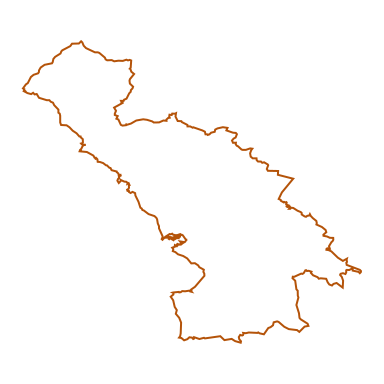 Balta, Mehedinti, Romania
{"feature_id": "2599482B81880640406541", "entity_name": "Balta", "entity_type": "district", "adm_level": 2, "iso_a3": "ROU", "parent_name": "Romania", "parent_adm1": "Mehedinti", "projection": "natural_earth1", "projection_center": [22.605, 44.92], "detail": "fine", "context": "isolated", "style": "outline", "palette": "amber", "viewbox_px": 384, "rotation_deg": 0, "n_neighbors": 0, "source": "geoboundaries", "source_scale": "gbopen_adm2", "svg_char_len": 5986}
<svg xmlns="http://www.w3.org/2000/svg" viewBox="0 0 384 384"><path d="M297.1,330.1L299.3,331.9L304.6,326.6L308.4,325.9L307.6,323.7L300.7,319.3L299.5,317.9L299.0,313.3L296.4,305.0L298.4,297.5L297.8,295.6L297.7,290.7L296.4,289.3L295.2,280.7L292.5,278.2L292.8,276.7L294.2,276.8L301.2,273.6L302.5,273.9L303.7,273.1L305.4,270.3L306.2,270.2L306.9,271.0L308.7,270.8L311.5,271.7L310.9,272.9L313.1,275.3L317.6,277.2L318.8,278.7L320.7,278.3L326.2,278.8L327.7,282.3L329.3,284.5L332.0,285.5L333.5,283.9L336.6,283.0L342.7,287.6L343.1,280.7L341.8,276.9L340.1,274.9L340.6,273.8L343.0,273.2L345.4,274.0L346.2,272.5L346.2,270.3L346.8,269.9L349.2,270.0L352.2,268.5L352.7,268.7L352.7,270.6L358.6,271.9L359.8,273.2L360.8,272.2L361.0,271.1L359.9,269.9L346.7,264.9L346.3,262.8L347.0,261.9L346.6,259.8L346.9,258.7L342.9,260.9L337.9,257.7L331.4,251.4L328.6,250.1L326.4,249.8L326.5,248.9L327.3,248.3L329.8,248.6L329.0,246.2L331.4,242.2L332.6,241.1L333.3,239.8L333.2,237.9L329.8,237.8L327.1,236.5L323.5,235.8L323.4,234.7L326.3,232.2L325.6,230.0L321.9,227.0L316.4,224.5L316.8,223.1L316.3,220.9L312.9,218.2L310.8,216.0L309.9,214.2L309.3,215.5L307.3,215.8L306.0,216.8L304.6,216.4L301.7,214.5L301.7,213.0L300.8,212.1L297.5,210.7L293.3,208.0L291.2,207.7L290.2,208.8L289.1,208.8L290.1,207.5L290.1,207.0L289.8,206.5L287.4,207.0L286.8,206.6L288.3,205.3L286.2,204.5L286.7,202.5L286.3,202.1L285.5,202.5L284.1,201.9L283.7,202.4L280.9,200.8L280.7,199.9L278.7,199.0L281.9,192.4L293.2,178.7L277.9,174.8L278.1,171.0L267.9,170.8L266.8,169.0L268.2,165.2L267.8,164.5L264.1,162.3L262.2,162.8L260.9,161.5L258.0,161.5L256.7,160.2L256.5,158.3L252.7,158.3L250.7,156.6L250.1,153.3L251.2,150.2L252.3,148.7L250.2,148.4L245.8,149.9L242.7,149.9L241.5,149.5L237.9,146.2L236.7,145.7L235.7,144.2L235.9,142.7L233.0,142.8L232.0,140.5L233.6,138.6L235.6,137.5L236.9,134.2L235.8,132.9L233.0,132.7L226.4,130.4L227.5,127.9L222.9,127.2L217.5,128.4L215.2,129.6L214.7,131.8L211.1,132.7L209.4,134.4L207.8,134.9L207.6,134.4L205.5,134.3L204.9,131.7L202.3,130.4L193.3,127.3L192.7,127.7L190.2,126.4L187.5,126.4L187.4,124.9L181.9,122.1L181.4,121.2L177.7,121.0L175.5,116.6L176.0,113.2L175.0,113.7L172.2,113.6L171.7,115.0L169.5,114.7L169.2,116.4L169.7,117.7L168.1,118.0L166.4,119.6L166.5,120.8L163.4,120.5L159.1,122.4L153.8,122.5L152.2,121.4L147.0,119.8L143.2,119.3L136.3,120.5L130.9,123.6L126.9,124.8L126.3,124.4L126.0,125.2L122.5,125.6L120.8,124.8L118.4,119.5L116.4,118.7L117.7,116.1L114.8,115.0L114.8,113.7L116.0,110.8L114.1,107.6L122.7,102.9L122.4,102.2L120.6,102.2L121.8,101.6L121.3,100.9L123.6,100.9L124.1,99.7L126.5,98.7L129.2,93.3L130.7,91.8L130.9,90.1L132.5,88.4L133.1,86.7L129.9,83.6L129.5,80.7L129.9,79.2L134.1,74.0L131.3,71.7L130.4,69.0L129.8,68.7L130.7,67.6L131.2,60.5L129.7,59.9L128.0,60.4L126.4,59.7L122.8,60.9L118.4,60.7L114.2,61.3L111.7,60.1L107.2,60.3L105.6,59.4L104.9,57.6L99.3,52.9L97.7,52.3L94.9,52.3L86.0,48.1L83.7,45.7L82.3,42.4L81.1,41.3L78.9,43.5L72.0,43.7L70.3,46.1L62.3,50.3L61.3,51.4L60.5,53.5L55.2,56.8L53.4,58.9L52.7,62.1L52.0,63.3L44.6,64.8L40.7,67.5L39.0,70.4L38.9,72.1L38.1,73.3L33.6,74.8L30.9,77.0L27.8,83.1L25.9,84.4L23.0,88.4L24.3,89.2L23.9,90.0L25.1,91.0L24.3,91.4L27.5,93.1L31.2,94.1L33.1,92.8L34.6,94.4L36.7,94.0L39.0,97.8L46.8,100.2L49.4,100.2L50.7,101.7L53.0,102.7L54.2,105.2L58.4,109.6L58.4,112.7L59.7,113.6L60.2,115.7L60.2,122.5L61.1,125.0L66.6,125.3L69.5,127.3L72.7,130.7L76.6,133.3L79.3,136.4L80.6,136.5L80.7,137.3L82.8,139.2L82.9,142.5L82.5,143.1L81.1,143.5L81.6,144.1L82.6,144.7L85.8,144.8L83.6,145.2L82.6,146.1L81.3,148.8L80.5,149.6L80.9,150.3L80.5,150.9L79.9,150.5L79.6,151.3L86.9,152.0L93.4,155.6L94.6,157.8L95.8,157.8L95.8,158.8L96.8,158.6L97.4,159.3L97.7,161.8L100.0,162.0L103.2,163.1L106.0,165.3L107.0,165.4L109.4,167.8L110.5,168.0L111.6,170.2L116.7,171.5L116.8,172.2L118.2,173.3L119.0,174.7L119.7,175.2L120.5,174.9L120.7,175.6L119.6,176.2L118.8,175.9L119.3,178.4L118.7,178.2L117.9,179.2L117.4,180.7L118.8,183.0L120.6,181.1L120.8,180.0L124.3,181.6L126.3,181.8L127.7,183.0L127.5,183.7L128.6,183.1L129.5,185.1L128.8,185.3L129.0,187.6L128.6,188.8L127.1,189.7L127.5,190.9L128.9,191.0L129.0,192.0L130.6,193.0L132.5,191.9L135.1,193.1L135.4,195.5L138.5,201.8L140.4,207.7L141.7,208.5L142.4,210.0L143.7,210.4L148.6,214.1L154.5,216.1L156.4,217.9L157.1,219.3L157.8,223.5L159.0,226.2L159.0,228.3L162.5,236.1L162.7,236.9L161.7,239.1L162.5,239.8L165.3,236.8L169.7,234.0L170.6,234.3L172.2,233.7L172.8,234.5L175.0,235.1L177.3,235.1L180.2,234.1L180.9,234.9L177.6,237.1L174.2,236.7L174.1,237.4L173.1,237.7L168.7,236.7L165.7,237.0L165.8,237.7L169.4,237.5L169.7,237.7L168.8,238.9L169.2,239.2L170.1,238.3L173.5,240.2L173.9,239.5L173.5,239.1L173.9,238.8L174.9,239.2L176.6,238.1L178.6,238.2L178.5,237.5L180.0,236.7L179.8,235.8L181.7,234.7L182.8,235.3L185.8,239.6L187.1,239.7L186.1,240.1L185.2,241.7L183.5,242.7L182.9,242.3L183.2,241.9L180.0,241.4L181.2,242.9L181.1,243.8L181.8,243.9L180.9,244.6L179.8,243.4L180.0,243.8L179.4,244.6L177.4,243.9L176.8,244.7L177.7,245.3L176.9,246.2L174.9,245.1L174.8,245.8L175.4,246.5L172.2,247.7L173.3,249.1L172.8,251.1L175.4,252.1L178.0,254.3L183.2,256.0L187.2,258.4L191.3,263.4L194.9,263.2L198.2,265.4L199.3,267.2L203.8,269.7L203.4,271.9L204.3,273.6L204.4,275.8L195.0,286.8L191.2,289.5L191.5,290.7L191.0,291.1L191.6,291.8L190.0,291.4L189.6,290.6L185.1,291.3L182.2,291.1L180.7,292.2L179.2,292.4L178.9,291.9L173.1,292.5L172.7,292.6L173.5,293.0L173.4,294.5L170.7,296.7L173.2,300.3L174.7,306.9L176.8,310.1L175.8,313.8L179.2,317.8L181.1,322.6L180.7,333.4L180.1,336.3L179.1,337.6L181.4,338.0L184.1,340.3L187.3,339.2L189.4,337.3L192.0,337.6L193.2,339.0L194.0,338.6L194.1,337.2L199.4,339.0L204.0,337.8L204.9,338.4L220.3,336.2L224.4,340.1L231.7,338.9L235.1,341.1L240.7,342.7L241.0,341.3L239.3,339.3L238.8,337.1L240.2,334.9L242.1,335.5L243.0,335.1L243.5,333.8L243.2,332.9L245.8,333.2L248.8,332.5L257.5,332.9L258.2,332.4L259.5,333.3L263.9,334.3L268.3,328.0L270.5,327.2L273.0,325.3L273.7,322.3L277.1,321.4L278.6,321.9L284.3,326.8L288.8,329.1L297.1,330.1Z" fill="none" stroke="#b45309" stroke-width="2"/></svg>